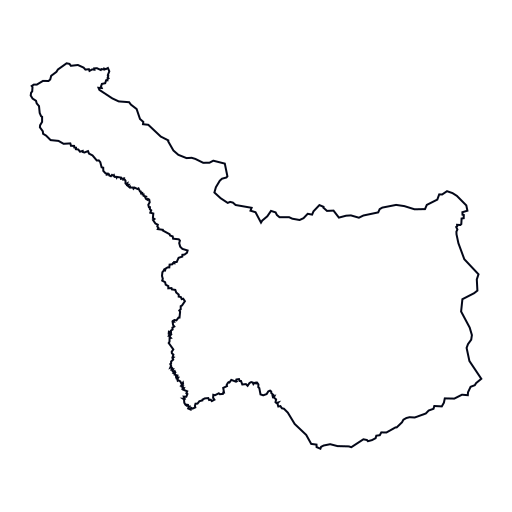 Non Sa-At, Udon Thani, Thailand
{"feature_id": "78962969B30121377049744", "entity_name": "Non Sa-At", "entity_type": "district", "adm_level": 2, "iso_a3": "THA", "parent_name": "Thailand", "parent_adm1": "Udon Thani", "projection": "mercator", "projection_center": [102.818, 16.969], "detail": "fine", "context": "isolated", "style": "outline", "palette": "ink", "viewbox_px": 512, "rotation_deg": 0, "n_neighbors": 0, "source": "geoboundaries", "source_scale": "gbopen_adm2", "svg_char_len": 6021}
<svg xmlns="http://www.w3.org/2000/svg" viewBox="0 0 512 512"><path d="M330.2,444.2L337.5,446.1L348.9,446.4L351.3,447.2L363.4,439.3L366.9,440.0L367.9,441.2L372.0,440.1L375.6,438.2L376.3,435.7L379.8,435.2L381.3,432.4L386.4,432.5L395.5,427.4L396.7,427.4L402.0,422.3L403.4,419.7L406.4,418.0L409.6,417.2L414.7,417.5L425.8,413.5L428.7,410.5L433.5,408.8L434.3,406.0L441.8,406.4L443.9,402.7L444.8,398.4L454.3,398.6L462.0,394.7L467.8,395.2L468.0,392.3L470.6,386.8L474.8,385.2L476.1,383.1L481.3,378.8L469.4,361.0L466.6,347.9L468.0,344.1L471.2,339.7L471.9,335.1L469.7,327.6L461.1,311.5L462.4,299.2L474.1,293.2L477.4,290.6L476.8,279.4L478.5,274.3L464.3,259.2L458.4,243.2L456.5,234.3L456.4,231.7L457.4,229.5L456.2,227.0L457.2,226.2L457.1,224.8L460.3,225.0L461.3,224.1L461.6,218.5L463.7,218.2L463.8,215.0L462.5,214.7L462.4,212.2L467.4,210.7L466.3,205.4L456.9,195.9L452.5,193.1L447.0,191.2L442.1,194.5L439.2,194.4L437.3,199.6L426.8,204.9L425.0,209.1L414.6,209.3L404.3,206.1L396.1,204.9L382.3,207.6L379.7,209.1L378.2,212.4L363.4,215.5L358.9,217.7L350.9,215.4L346.1,215.7L338.9,217.6L333.5,210.6L327.0,210.9L323.4,207.7L323.5,206.8L319.4,205.1L313.5,211.3L312.1,214.6L307.7,213.8L303.5,218.2L299.6,220.0L292.3,218.7L289.1,217.2L279.5,217.2L276.9,215.0L275.6,212.4L271.0,210.9L267.3,216.3L262.2,220.6L261.0,222.6L255.5,212.2L250.5,210.7L251.6,207.8L235.6,205.0L232.9,202.6L230.1,201.9L227.7,202.9L220.6,198.2L214.4,192.5L215.9,187.2L219.8,180.7L222.0,178.7L226.4,177.5L227.4,176.3L224.8,163.6L213.3,160.7L209.5,162.7L203.2,162.8L195.3,158.9L191.6,157.8L186.5,158.1L178.3,154.8L173.4,150.5L168.2,141.4L168.3,140.4L160.8,136.6L148.3,124.8L143.0,124.2L143.3,121.9L140.0,119.0L136.6,109.0L130.9,104.6L129.1,102.2L118.7,101.4L112.3,98.4L99.4,89.9L98.5,87.8L101.7,88.0L101.0,86.4L101.9,83.9L105.2,83.2L106.1,80.3L107.4,80.3L107.3,79.3L108.5,78.3L107.7,77.5L108.3,75.8L107.8,75.2L109.3,71.3L107.9,68.0L105.9,69.1L104.2,68.6L104.2,69.5L101.4,69.1L100.8,70.0L96.9,68.2L94.2,68.4L94.4,69.7L92.2,69.4L89.5,70.9L88.9,69.2L85.4,69.6L83.6,67.6L77.9,65.0L70.9,65.8L69.5,63.9L66.6,63.3L57.9,69.5L56.4,71.9L51.2,75.8L50.2,79.5L48.5,81.0L43.0,80.9L36.8,84.6L33.8,84.6L31.7,86.0L32.5,87.1L32.2,91.4L31.1,92.7L30.7,95.5L32.6,98.6L36.0,100.8L36.7,103.4L39.0,106.1L39.7,113.0L41.1,116.2L42.1,116.8L42.1,121.9L40.1,125.2L39.9,127.3L42.8,131.3L43.1,133.8L46.1,135.6L50.6,140.1L58.5,140.9L63.6,143.8L70.3,143.4L71.0,145.8L74.1,145.9L74.3,147.5L76.0,147.7L75.9,149.2L78.3,149.5L80.0,151.7L82.7,150.9L82.8,152.0L84.4,152.5L88.0,151.1L89.0,153.6L92.5,155.4L96.8,160.5L98.8,160.4L100.3,162.2L101.6,167.3L103.2,167.7L103.3,170.9L105.7,173.5L107.5,173.6L107.1,174.6L108.9,174.3L109.3,175.5L110.9,176.2L112.0,174.9L113.3,175.7L113.9,175.1L114.6,176.9L116.2,176.9L116.6,177.6L116.9,176.9L121.0,177.6L121.0,178.8L123.8,178.4L123.4,179.6L124.7,179.6L125.5,180.7L125.5,183.4L126.2,184.1L127.4,183.3L127.1,185.0L128.6,184.9L127.9,185.9L129.2,187.0L130.0,186.6L130.1,187.6L133.0,187.5L133.5,188.7L134.6,187.6L137.5,189.0L138.5,188.4L140.0,191.5L140.8,191.6L141.1,193.4L142.3,193.0L142.5,194.4L143.6,194.4L143.6,195.8L146.0,196.6L145.3,197.5L146.0,198.9L147.5,199.8L147.9,198.9L149.2,199.6L149.7,202.3L148.3,204.8L148.9,207.2L149.9,207.2L149.9,209.3L151.2,210.3L150.3,212.7L153.3,213.5L152.9,218.0L154.4,219.0L153.0,220.0L155.4,223.5L157.8,224.7L157.3,226.5L158.4,227.8L157.8,229.1L162.8,229.8L162.8,230.5L169.6,234.2L170.1,235.5L172.7,236.4L173.1,238.7L178.8,239.3L179.9,240.6L179.2,243.1L180.2,246.7L182.4,248.9L187.6,250.5L187.0,252.7L184.5,254.6L182.4,254.8L182.3,256.6L178.6,257.8L176.7,262.0L174.2,262.1L174.4,263.3L173.0,263.1L172.3,264.3L169.6,264.6L169.3,267.4L167.6,267.4L164.6,269.2L165.3,269.7L165.0,270.6L163.9,270.4L162.4,272.2L162.0,275.9L162.8,278.8L162.2,280.6L165.1,282.2L165.7,284.7L168.3,286.1L168.3,288.3L171.5,288.1L171.9,289.4L175.3,289.9L176.2,292.5L178.7,294.6L178.7,296.6L180.8,297.0L181.7,299.1L183.2,298.7L184.9,301.2L182.0,305.5L180.7,306.2L180.7,309.3L179.3,310.5L180.1,311.8L179.5,317.6L178.5,317.6L176.4,320.4L174.5,320.0L173.1,320.8L173.9,321.8L172.6,321.9L173.1,325.0L174.3,326.5L172.4,327.6L172.6,329.5L170.9,330.6L171.0,332.4L168.9,331.7L168.7,333.7L169.5,334.0L168.4,334.4L169.9,334.4L169.1,335.5L170.3,335.4L169.4,336.4L170.8,337.9L169.6,338.1L169.5,341.7L168.7,343.0L173.3,349.4L171.7,351.8L171.9,353.3L173.4,354.6L172.6,357.0L173.5,357.3L172.5,358.1L173.2,359.6L171.1,361.5L171.1,363.6L170.3,364.1L171.1,365.7L170.3,367.6L171.4,367.1L172.2,368.1L171.6,369.5L173.1,369.3L172.4,370.8L173.2,371.9L174.7,371.1L175.3,372.4L174.0,373.2L174.9,373.5L174.6,374.6L176.8,375.3L176.0,375.9L176.1,377.3L177.3,377.0L177.0,378.2L178.0,378.0L177.3,379.1L177.7,380.7L178.4,380.3L180.3,381.4L181.7,384.2L182.9,382.7L183.1,383.9L181.3,385.7L182.6,386.0L181.9,386.7L183.0,387.3L182.6,388.6L183.9,388.3L183.3,389.7L187.2,391.3L186.4,393.3L187.4,394.0L186.3,396.7L183.8,396.6L184.7,398.7L183.1,398.7L184.0,399.3L184.3,402.8L185.5,404.8L186.5,405.5L186.8,404.7L188.0,404.9L188.4,406.7L189.2,406.6L188.2,408.5L190.7,409.6L191.1,407.8L192.6,408.6L195.3,407.4L194.9,405.9L195.5,403.7L197.5,403.6L199.4,401.2L202.4,400.4L202.5,399.6L204.8,398.4L208.3,398.1L209.1,400.0L210.7,399.7L211.8,401.1L214.4,399.7L213.1,397.8L213.3,394.8L215.0,395.2L218.8,393.3L219.8,394.2L222.9,393.9L223.3,392.4L224.0,392.5L223.2,387.9L227.0,386.1L226.7,384.9L227.7,383.1L228.5,382.2L229.4,382.5L231.3,379.9L236.0,381.7L236.6,381.4L236.0,380.8L236.4,379.5L239.0,379.1L239.6,381.0L241.0,381.0L242.3,384.5L245.9,384.1L247.6,385.8L249.5,383.0L251.2,382.1L252.7,382.5L253.4,384.1L254.4,382.9L255.9,383.4L256.1,382.5L257.0,382.5L258.4,384.4L258.3,387.2L259.3,388.1L260.5,394.4L263.2,395.3L266.6,394.1L268.3,391.4L270.1,390.6L271.2,391.5L271.3,393.1L273.2,394.8L272.5,395.4L272.9,397.1L274.3,396.4L273.8,397.5L276.1,399.4L275.5,402.2L276.4,403.0L278.2,402.5L277.4,403.4L278.3,406.5L280.4,406.1L281.9,408.3L283.9,408.7L287.8,412.6L294.7,424.0L306.2,434.9L311.2,443.9L316.5,444.6L316.6,447.1L320.4,448.7L321.1,446.8L323.7,445.5L330.2,444.2Z" fill="none" stroke="#020617" stroke-width="2"/></svg>